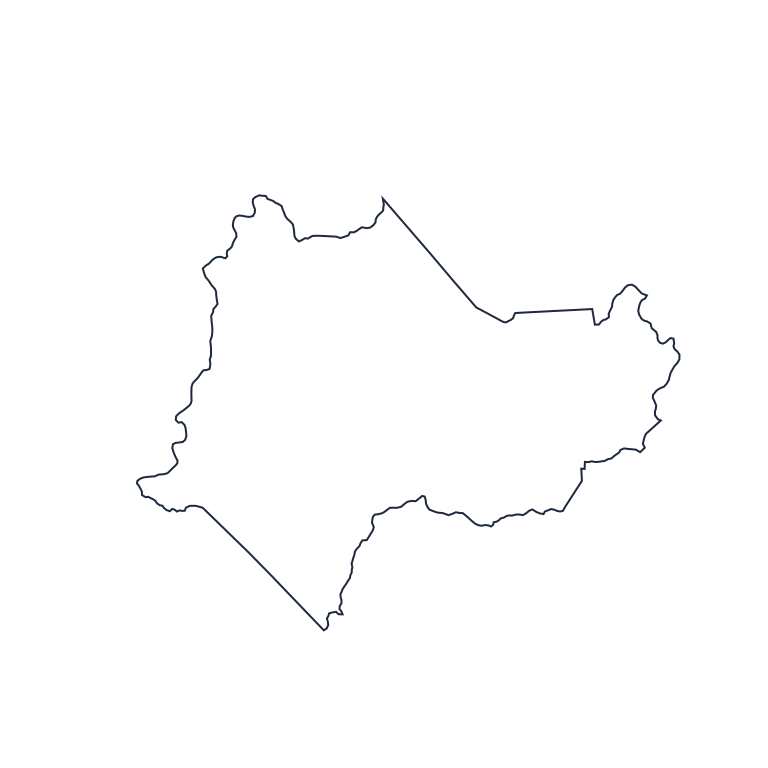 the district of Santana, Bahia, Brazil, rotated 137°
{"feature_id": "56859067B31339146866586", "entity_name": "Santana", "entity_type": "district", "adm_level": 2, "iso_a3": "BRA", "parent_name": "Brazil", "parent_adm1": "Bahia", "projection": "natural_earth1", "projection_center": [-43.941, -13.081], "detail": "fine", "context": "isolated", "style": "outline", "palette": "slate", "viewbox_px": 768, "rotation_deg": 137, "n_neighbors": 0, "source": "geoboundaries", "source_scale": "gbopen_adm2", "svg_char_len": 5110}
<svg xmlns="http://www.w3.org/2000/svg" viewBox="0 0 768 768"><g transform="rotate(137 384 384)"><path d="M138.5,290.0L142.3,290.1L146.6,289.3L149.9,289.0L152.8,290.1L155.7,289.8L158.9,289.1L162.0,287.2L164.8,284.9L168.6,283.5L171.7,282.2L174.0,279.4L177.8,280.0L180.0,281.2L182.9,281.5L186.2,280.9L189.3,283.6L180.6,296.8L237.3,344.5L239.7,346.4L242.0,345.6L244.7,344.1L247.8,344.4L250.1,345.2L252.6,345.7L254.3,347.8L255.4,350.8L256.4,353.9L264.3,377.1L262.9,413.1L261.2,448.1L258.4,520.4L261.8,515.3L264.4,513.3L266.2,511.5L268.7,511.3L271.6,511.4L275.0,511.1L277.9,509.9L279.8,508.1L283.6,507.4L287.4,507.8L290.4,509.8L293.2,513.7L297.1,514.3L299.6,514.6L302.6,515.5L305.2,518.1L308.7,517.0L311.9,518.4L316.3,520.4L318.4,524.3L330.1,536.4L332.3,538.5L335.4,541.1L337.9,541.7L340.6,542.3L342.3,544.5L346.4,545.4L349.0,546.3L349.5,550.1L348.6,553.2L346.7,555.6L344.3,558.8L341.8,562.8L341.7,566.4L342.1,570.3L341.7,574.1L340.2,577.5L339.1,580.7L337.5,584.0L338.5,587.6L339.8,590.6L340.2,593.3L341.3,595.6L342.9,598.8L342.2,602.1L344.3,604.3L346.6,607.1L350.8,608.5L353.6,608.5L355.8,606.8L357.6,603.8L359.2,599.8L361.5,597.5L365.3,596.2L368.5,598.0L370.8,600.6L372.7,603.3L375.0,606.0L377.5,607.3L379.8,607.2L383.0,605.8L385.6,603.9L387.2,601.9L388.3,598.8L389.2,595.2L391.6,592.2L394.2,591.6L398.1,590.2L401.4,588.3L404.2,588.0L407.7,588.4L410.0,586.7L411.5,584.3L414.3,584.1L416.7,588.4L420.0,590.9L423.1,591.7L425.5,591.7L429.9,591.4L433.4,592.1L437.7,592.1L439.9,587.8L441.5,584.1L441.8,579.1L442.7,573.9L442.9,568.6L444.1,565.7L445.9,563.7L448.3,560.4L451.1,556.2L454.2,555.4L457.7,555.2L459.7,553.3L464.0,551.6L466.7,548.2L468.5,545.9L470.7,542.8L473.8,539.4L476.8,536.7L479.0,535.4L481.8,533.9L484.0,530.9L485.9,528.4L488.7,525.3L491.6,522.4L494.8,520.7L496.6,518.0L498.5,516.0L501.4,514.0L504.2,515.2L506.8,517.2L509.8,516.8L514.7,515.7L518.2,515.3L520.6,515.3L523.6,514.9L526.8,513.1L529.6,510.2L531.4,508.4L533.8,505.7L536.5,502.7L538.9,501.4L541.4,501.0L544.7,501.2L548.7,501.5L551.3,502.0L554.6,502.4L558.2,502.1L560.8,499.7L560.7,495.9L558.0,494.1L557.8,490.2L559.2,487.1L561.4,484.0L564.0,480.7L567.5,478.8L570.6,478.8L573.4,480.7L576.7,483.1L579.3,483.9L582.5,481.6L584.5,477.5L586.1,473.2L587.3,468.7L589.4,466.9L592.2,466.6L594.8,466.6L598.5,466.5L603.2,466.4L607.0,468.5L610.5,471.4L614.6,472.8L617.3,475.0L621.0,477.9L623.7,479.7L626.9,481.0L630.3,481.4L632.5,479.8L632.7,476.6L633.4,473.9L634.5,470.3L636.7,467.9L635.6,463.9L633.3,462.2L632.5,459.7L631.5,457.2L630.9,454.5L631.4,451.4L630.6,448.2L629.1,446.1L629.5,443.3L629.0,440.1L627.4,437.0L624.1,437.1L622.8,434.8L622.4,431.9L619.9,431.1L618.1,428.8L616.2,427.2L613.2,428.6L609.1,427.3L606.8,425.2L604.8,423.3L603.0,420.5L601.0,417.1L597.9,353.2L597.0,317.4L597.0,313.4L596.0,244.9L592.6,244.3L589.1,245.8L587.0,248.8L585.6,251.5L582.8,252.3L580.5,253.7L577.9,252.3L574.5,250.2L574.2,246.5L571.4,243.8L570.3,246.6L570.0,249.8L567.9,251.7L564.6,252.7L562.5,255.0L561.0,257.8L559.1,260.1L556.8,260.9L554.2,262.2L551.0,263.0L548.4,263.5L543.8,264.8L541.3,265.3L539.1,267.0L536.4,268.0L534.1,270.2L532.1,271.6L530.2,274.7L527.9,276.0L525.9,277.3L522.3,279.2L519.7,281.2L516.7,282.0L512.4,282.2L509.7,283.6L506.5,284.4L503.1,281.6L500.4,282.3L495.6,283.6L492.5,284.4L489.1,286.2L487.3,290.8L485.0,292.8L482.7,294.4L479.9,294.8L476.7,292.5L473.7,290.9L470.8,290.1L467.1,289.8L464.1,289.4L461.3,286.9L459.1,284.7L455.1,282.5L450.7,282.3L447.2,281.9L443.6,279.7L440.8,276.7L436.2,276.3L432.4,276.1L431.0,273.9L432.4,271.1L434.8,267.9L435.8,265.3L436.5,261.3L434.3,256.6L432.4,253.2L429.1,249.6L426.3,244.1L422.5,242.4L418.9,241.2L417.0,238.6L414.4,235.7L413.9,231.7L413.5,228.2L413.2,224.1L412.6,219.7L411.2,216.2L409.1,213.6L406.4,212.0L404.2,209.6L402.9,206.8L400.2,206.6L398.1,208.1L395.6,206.5L392.8,206.0L390.5,206.1L387.2,204.5L384.1,203.8L382.0,202.4L380.1,200.4L377.1,198.9L374.3,196.6L371.9,193.4L368.2,192.5L364.2,192.3L361.0,191.0L359.8,186.4L358.3,183.1L356.1,180.1L353.3,181.0L350.0,179.7L347.0,178.5L345.3,176.1L343.9,173.1L342.2,170.7L339.7,169.2L335.6,170.5L332.2,171.4L307.7,177.6L305.3,178.2L297.5,187.5L295.2,185.1L290.2,190.0L287.8,187.5L284.7,185.7L282.9,183.1L280.5,181.0L277.9,179.2L275.1,177.3L271.6,176.3L268.5,174.5L263.8,174.3L261.4,173.9L258.6,173.6L256.0,174.5L252.4,173.2L249.3,169.5L246.9,166.9L244.5,164.1L243.2,159.5L236.7,159.5L235.5,163.7L231.7,166.3L229.0,167.8L226.4,168.9L206.5,168.5L207.7,171.5L207.1,176.3L204.6,179.1L202.4,180.3L199.7,182.5L198.3,186.0L196.7,190.7L194.8,192.5L192.0,192.9L189.4,193.3L186.6,192.9L183.8,192.2L181.2,191.1L177.0,191.4L172.5,192.9L170.2,194.6L166.7,196.7L163.3,197.8L159.9,198.9L154.7,199.4L151.1,200.6L147.8,204.1L147.3,207.8L147.7,210.9L146.8,213.9L143.9,216.0L141.4,219.7L142.9,222.0L145.2,222.4L149.8,222.4L152.6,223.4L154.0,225.8L153.9,228.9L152.5,231.3L150.8,233.0L149.4,236.6L150.2,242.1L147.8,246.6L149.1,250.7L150.6,253.0L151.2,256.1L150.0,260.9L148.2,264.1L145.7,265.9L143.2,267.6L140.9,268.7L138.3,269.4L134.7,268.5L131.3,269.5L132.6,272.0L133.8,274.8L133.8,278.9L133.8,284.0L135.0,287.7L138.5,290.0Z" fill="none" stroke="#1e293b" stroke-width="2"/></g></svg>